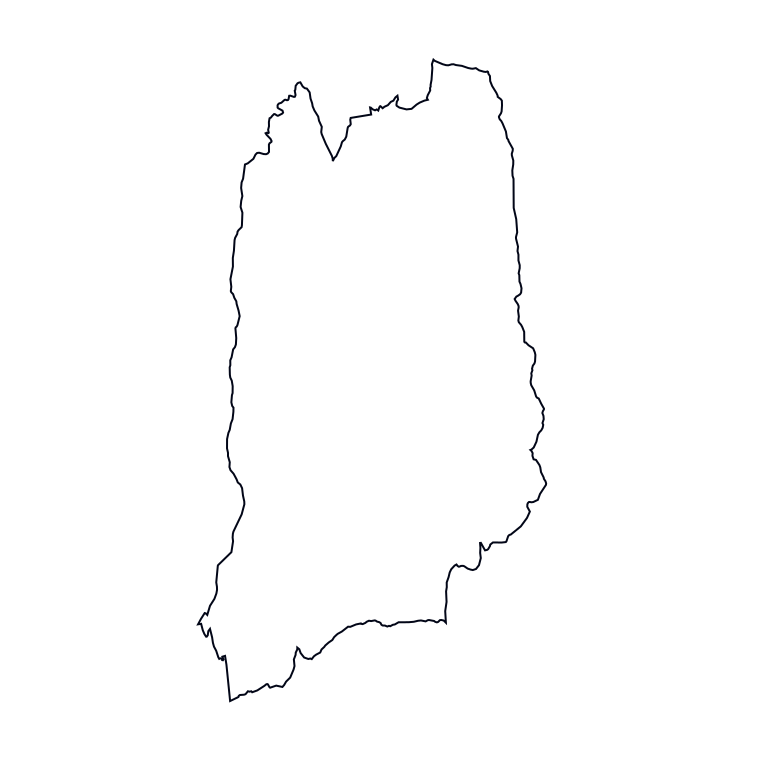 outline of Cosminele, Prahova, Romania, rotated 94°
{"feature_id": "2599482B41257383601072", "entity_name": "Cosminele", "entity_type": "district", "adm_level": 2, "iso_a3": "ROU", "parent_name": "Romania", "parent_adm1": "Prahova", "projection": "robinson", "projection_center": [25.876, 45.169], "detail": "fine", "context": "isolated", "style": "outline", "palette": "ink", "viewbox_px": 768, "rotation_deg": 94, "n_neighbors": 0, "source": "geoboundaries", "source_scale": "gbopen_adm2", "svg_char_len": 6113}
<svg xmlns="http://www.w3.org/2000/svg" viewBox="0 0 768 768"><g transform="rotate(94 384 384)"><path d="M449.9,536.7L459.2,536.1L463.6,534.8L466.8,534.6L472.8,532.4L477.6,532.4L480.7,531.1L484.0,527.8L489.4,524.4L492.4,523.0L494.3,520.3L497.8,518.3L505.1,516.9L510.9,515.2L513.7,514.9L524.0,516.9L541.7,523.9L543.9,524.3L547.7,524.3L551.4,523.6L562.4,524.5L576.3,536.9L576.9,537.1L593.6,537.5L597.9,536.5L601.0,536.2L604.7,536.6L610.2,538.2L617.4,542.1L626.7,544.2L625.2,545.9L625.0,546.9L631.1,550.2L636.7,552.7L636.0,549.7L642.3,547.6L646.0,545.7L648.5,543.8L648.4,543.2L647.0,542.3L642.8,542.0L640.4,540.5L648.7,537.8L654.1,536.6L657.8,535.3L661.8,532.8L668.2,530.2L669.7,529.2L669.1,528.2L669.2,527.3L669.7,526.5L670.7,526.2L670.8,525.4L670.0,525.0L667.3,526.2L666.3,523.6L675.0,521.6L711.0,515.4L706.4,507.4L705.2,507.1L704.3,506.0L703.7,501.9L703.1,500.5L700.0,498.3L700.3,496.8L699.8,494.9L700.7,494.0L698.5,489.0L693.4,482.2L691.7,480.4L691.5,479.3L691.7,478.9L694.3,477.2L694.9,476.4L692.4,470.5L693.3,464.2L691.2,462.6L687.7,460.9L683.4,457.1L675.2,454.3L671.6,453.6L665.0,454.7L660.4,453.3L658.1,453.3L654.8,452.0L653.0,452.1L654.5,450.0L658.2,448.4L662.4,444.6L663.6,440.3L663.0,438.4L663.5,436.9L660.5,434.9L658.7,432.8L656.3,428.9L653.2,427.8L650.4,425.2L649.0,424.4L645.7,421.1L643.0,417.7L640.0,416.1L637.7,414.0L636.5,412.8L633.9,408.8L628.6,402.9L628.6,400.7L625.8,395.1L624.5,390.5L624.8,390.4L625.0,388.5L623.6,385.9L622.4,384.7L621.2,382.5L621.4,380.3L620.5,376.9L620.6,375.9L621.5,374.4L621.9,372.2L622.6,370.8L624.3,369.8L625.0,368.6L624.9,366.2L625.7,363.8L624.9,362.1L625.2,360.9L623.6,358.4L623.1,356.4L620.7,352.9L619.9,342.7L619.1,337.6L617.8,333.5L617.3,330.6L617.9,325.9L616.6,323.9L616.3,322.7L616.9,317.5L617.7,316.3L618.1,314.6L617.5,313.3L615.7,311.8L615.4,310.5L615.8,307.9L617.8,305.6L606.3,307.1L597.0,306.4L586.5,307.6L582.3,307.2L577.6,307.6L572.2,306.1L567.4,305.3L564.1,304.0L560.2,300.9L559.0,299.1L560.3,298.0L561.0,296.8L560.9,295.9L560.1,294.5L559.9,292.4L560.2,291.2L562.3,287.7L563.1,284.7L563.4,282.4L562.1,279.3L558.1,276.6L550.9,275.3L545.8,276.3L540.7,276.4L535.9,277.1L535.7,276.3L542.9,271.6L542.3,269.6L541.5,268.6L538.3,267.0L536.8,266.8L534.5,264.3L533.9,255.3L533.2,251.5L532.4,250.9L527.1,249.5L525.8,248.4L525.4,247.1L516.5,237.6L507.6,232.0L501.1,229.6L496.5,232.5L494.1,232.6L492.8,232.2L491.7,231.3L491.5,230.5L491.7,228.6L491.3,226.8L488.8,222.4L482.8,220.7L473.3,215.4L471.9,215.3L469.8,216.1L467.4,217.9L466.1,218.2L461.0,221.2L456.2,222.3L454.0,223.3L449.1,227.1L448.7,229.5L445.3,230.9L442.6,230.9L440.6,232.1L439.6,233.3L439.1,232.3L436.9,230.2L430.9,227.9L423.9,226.9L421.3,225.6L419.3,223.9L416.7,222.7L413.6,222.3L411.9,223.2L408.0,222.2L404.7,222.7L401.9,224.0L400.0,223.6L398.2,222.7L397.4,222.7L392.7,225.8L387.7,228.6L386.9,230.5L385.8,231.4L379.9,233.7L375.0,237.0L372.8,237.7L371.1,237.9L365.3,237.3L363.1,237.8L359.9,236.9L358.5,237.4L355.3,236.8L353.1,235.4L351.1,234.9L344.4,235.0L341.8,235.8L338.0,237.7L335.3,242.5L332.7,245.4L332.8,246.2L332.1,247.0L322.2,247.8L317.6,250.0L315.4,251.4L313.0,253.8L311.3,254.4L307.3,254.2L301.5,255.4L298.3,255.0L296.8,255.2L295.0,256.1L291.7,258.7L290.1,259.6L287.5,258.0L286.9,256.9L285.0,254.5L283.3,253.6L278.9,253.5L274.7,254.8L272.4,256.0L266.0,256.6L264.2,257.4L259.0,256.7L256.0,256.9L251.4,258.5L245.6,258.9L242.1,260.1L237.6,259.9L229.9,262.4L228.3,262.6L223.4,261.7L210.3,263.6L199.3,266.9L170.3,269.1L167.3,270.3L162.0,270.9L156.0,270.4L152.1,270.6L147.0,272.4L145.4,272.6L142.4,271.9L140.4,271.9L133.0,276.7L131.7,277.1L130.1,278.5L123.6,280.0L115.8,283.9L113.4,285.4L111.9,287.0L110.0,287.9L109.1,288.0L105.8,286.2L103.9,285.7L97.8,285.7L93.1,286.2L91.7,287.4L89.6,290.6L88.3,290.8L85.6,292.3L79.2,296.9L74.4,299.2L69.4,299.8L67.2,301.5L65.4,302.0L65.0,302.6L65.6,304.2L65.5,306.2L64.5,310.9L62.5,314.4L63.3,317.4L63.3,319.1L62.9,322.1L61.2,328.5L60.8,334.5L60.2,336.9L60.4,338.8L61.6,342.1L61.6,344.4L60.9,347.8L58.1,355.9L57.0,357.3L61.6,358.5L65.4,357.8L77.3,357.8L82.5,358.4L83.9,358.2L85.6,358.7L88.0,358.4L92.8,360.5L95.8,361.2L97.4,360.1L98.5,363.5L100.8,368.0L103.0,371.0L107.6,375.7L108.5,380.7L107.2,387.9L105.6,390.7L104.8,391.1L101.4,390.9L99.3,389.8L95.5,390.7L97.3,392.6L100.7,394.4L102.1,396.9L105.6,399.6L107.4,402.9L109.0,404.6L107.1,406.9L107.2,407.3L108.4,408.0L111.6,408.8L110.6,410.4L111.6,412.0L110.8,414.4L109.2,416.5L109.1,417.2L116.1,415.6L120.9,435.8L122.7,436.1L127.1,435.3L128.4,435.9L129.9,437.7L131.1,438.1L139.9,438.9L142.9,440.2L144.7,442.1L145.8,442.8L150.0,443.7L160.0,447.5L162.0,449.3L165.2,450.6L162.7,450.9L160.1,451.9L148.5,458.8L139.0,463.6L137.0,464.2L131.8,464.0L125.9,467.2L121.8,468.3L116.0,472.5L112.1,474.5L108.9,475.3L104.4,477.2L98.3,478.5L94.7,481.5L94.4,483.7L92.8,485.9L88.9,488.5L89.3,489.9L90.0,491.2L92.7,492.9L96.7,493.0L97.6,493.5L101.9,492.4L103.6,492.9L103.9,493.8L102.9,497.6L103.1,498.7L106.6,499.1L107.4,499.6L107.7,500.6L107.3,502.0L107.5,503.0L110.6,506.0L111.5,508.3L112.6,509.3L113.5,509.6L115.7,509.4L116.3,508.8L118.4,504.3L120.3,503.6L121.3,504.3L123.7,508.2L123.8,509.1L122.4,511.7L122.4,512.5L124.3,514.2L126.1,515.4L126.9,516.7L130.7,517.1L134.9,516.7L138.5,517.3L141.4,516.5L141.8,516.8L141.5,518.5L142.1,519.6L143.6,518.5L147.4,514.3L149.5,513.1L150.3,513.2L151.9,515.0L153.2,515.5L160.5,514.9L162.2,516.1L163.0,517.7L163.0,520.1L162.0,524.7L162.4,526.7L164.1,528.2L168.5,530.0L173.4,535.3L174.7,538.0L189.1,538.9L192.8,540.1L198.4,540.2L206.4,538.4L211.2,539.2L217.4,539.4L223.0,537.2L235.5,536.8L237.5,537.0L240.5,539.7L242.2,540.7L244.6,540.9L248.6,542.7L250.8,543.1L261.5,543.0L268.8,543.6L277.4,542.9L290.2,544.5L297.7,543.1L302.0,543.3L303.1,542.8L304.9,540.8L308.5,539.3L311.8,537.1L314.4,536.6L320.9,534.2L326.4,532.7L335.4,534.3L336.9,534.9L337.9,535.9L338.9,536.1L348.5,534.6L354.9,534.5L357.7,535.3L360.0,536.9L368.0,537.9L371.1,539.0L376.0,538.6L378.1,539.1L385.5,538.4L388.3,537.8L391.3,536.1L396.7,534.8L403.6,534.4L405.7,534.9L412.9,535.0L416.5,533.9L418.1,532.5L422.3,532.3L429.6,532.6L434.1,534.0L440.5,534.7L443.6,535.8L449.9,536.7Z" fill="none" stroke="#020617" stroke-width="2"/></g></svg>